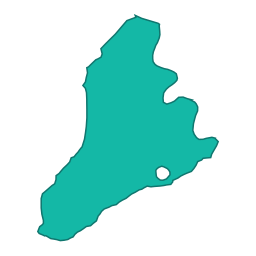 the district of Goranboy District, Goranboy, Azerbaijan
{"feature_id": "54616110B75141866412524", "entity_name": "Goranboy District", "entity_type": "district", "adm_level": 2, "iso_a3": "AZE", "parent_name": "Azerbaijan", "parent_adm1": "Goranboy", "projection": "equal_earth", "projection_center": [46.678, 40.575], "detail": "fine", "context": "isolated", "style": "filled", "palette": "teal", "viewbox_px": 256, "rotation_deg": 0, "n_neighbors": 0, "source": "geoboundaries", "source_scale": "gbopen_adm2", "svg_char_len": 2425}
<svg xmlns="http://www.w3.org/2000/svg" viewBox="0 0 256 256"><path d="M159.5,24.3L158.1,23.3L141.8,18.4L135.2,15.4L135.9,17.3L126.9,20.6L115.2,34.3L109.0,40.4L105.7,43.7L100.9,48.7L102.2,53.9L101.0,57.2L97.9,58.9L95.8,59.8L91.0,64.4L88.5,66.9L86.8,67.7L87.5,72.9L86.3,77.4L85.4,82.0L83.3,84.9L82.9,85.5L85.4,88.3L86.5,92.7L86.8,99.5L86.8,102.2L86.9,109.5L86.9,118.0L86.3,126.6L85.5,132.8L84.5,139.2L82.1,146.9L81.4,147.6L79.5,150.0L78.0,152.2L76.2,154.1L74.1,156.8L71.2,157.8L69.7,162.0L67.5,164.4L66.6,165.3L63.5,168.2L61.0,171.1L59.1,173.5L56.1,175.6L56.0,179.6L54.7,183.8L52.1,185.5L49.7,187.6L45.0,191.7L42.5,193.8L41.2,198.5L41.2,203.1L41.2,207.9L41.9,214.2L43.4,220.4L43.4,223.4L42.2,224.8L39.7,226.7L38.7,229.2L37.8,231.6L39.2,233.5L41.9,234.6L42.0,234.6L44.7,235.9L45.9,235.7L48.3,237.1L50.8,238.6L54.1,239.1L56.8,239.6L60.3,240.6L64.2,240.2L67.8,239.5L70.6,237.9L73.1,236.9L74.9,234.3L77.4,232.1L80.4,230.7L83.2,228.8L86.3,226.5L90.6,225.7L92.7,223.8L93.0,223.5L96.4,220.9L98.1,216.1L100.0,213.9L101.5,211.4L104.3,208.9L108.9,207.2L111.9,205.6L116.3,204.6L119.1,202.1L122.4,200.1L126.1,198.3L129.1,195.9L131.6,194.0L135.1,192.3L139.3,189.8L141.8,189.2L144.0,187.8L147.2,186.1L150.9,186.8L154.6,186.4L160.1,186.0L163.8,185.5L166.7,184.9L170.8,184.4L172.7,181.9L172.8,180.4L178.0,178.0L180.8,176.0L184.2,174.3L187.0,173.1L191.4,171.4L193.8,168.6L196.0,165.3L197.7,161.6L201.6,160.0L203.1,158.3L206.9,157.9L210.7,157.6L211.7,154.1L214.0,150.1L216.5,145.8L218.2,141.6L214.9,138.2L215.0,138.1L211.9,137.3L206.0,138.4L203.1,139.3L198.9,139.4L196.5,137.6L194.2,134.3L192.8,130.4L193.4,124.3L193.5,123.5L194.6,119.2L195.6,115.5L197.6,110.9L197.7,107.0L196.2,103.9L194.7,102.1L190.4,99.9L191.2,99.7L187.1,98.6L183.1,97.1L178.7,97.3L174.5,101.1L171.2,102.7L166.8,104.1L163.4,102.3L163.0,98.0L163.7,92.8L166.3,89.2L168.8,86.9L172.2,84.6L174.6,82.7L176.8,80.4L177.4,78.3L176.3,73.8L173.9,72.0L171.4,70.8L167.8,69.4L164.3,68.7L160.8,67.5L157.2,66.0L155.1,64.5L153.1,61.7L152.7,58.6L152.7,58.3L152.7,55.2L153.4,51.7L154.9,47.8L155.7,45.5L157.4,42.6L159.2,38.1L159.9,34.7L159.7,31.1L159.2,25.9L159.5,24.3ZM162.0,166.3L164.0,166.9L167.4,168.6L168.8,170.2L169.9,172.0L170.0,174.8L168.4,176.7L167.7,177.5L166.5,178.9L163.0,180.2L160.3,180.1L158.1,178.5L156.5,176.8L156.2,175.0L156.0,173.1L155.9,172.0L155.8,170.6L155.9,170.2L157.0,168.7L158.8,167.3L161.8,166.2L162.0,166.3Z" fill="#14b8a6" stroke="#0f766e" stroke-width="1.5"/></svg>